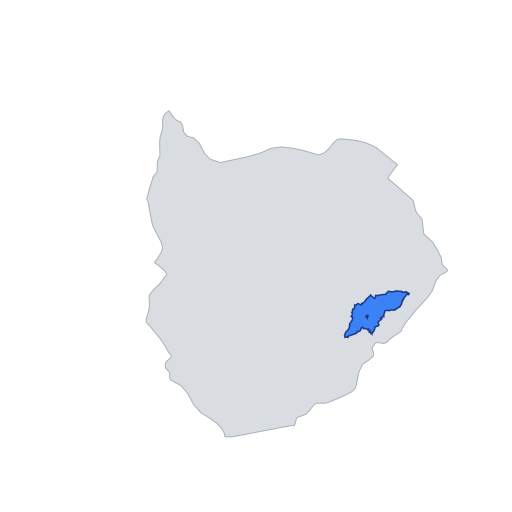 Makoni, Manicaland, Zimbabwe (highlighted), rotated 39°
{"feature_id": "62879985B27116987268551", "entity_name": "Makoni", "entity_type": "district", "adm_level": 2, "iso_a3": "ZWE", "parent_name": "Zimbabwe", "parent_adm1": "Manicaland", "projection": "robinson", "projection_center": [32.274, -18.385], "detail": "fine", "context": "in_parent", "style": "filled", "palette": "blue", "viewbox_px": 512, "rotation_deg": 39, "n_neighbors": 0, "source": "geoboundaries", "source_scale": "gbopen_adm2", "svg_char_len": 7783}
<svg xmlns="http://www.w3.org/2000/svg" viewBox="0 0 512 512"><g transform="rotate(39 256 256)"><path d="M345.9,416.0L342.2,413.3L337.1,411.5L330.7,410.7L322.3,411.1L312.0,412.5L301.0,410.7L289.2,405.7L279.4,403.9L267.7,406.1L267.2,406.1L265.2,404.4L262.0,400.7L256.6,400.1L255.2,399.2L254.0,397.8L253.2,396.1L252.9,394.1L253.7,388.0L253.2,387.3L251.8,386.6L248.9,385.9L241.8,383.1L233.0,380.4L218.6,377.5L213.0,376.7L211.7,375.9L210.1,373.6L207.3,366.6L204.7,362.0L198.5,354.9L197.5,352.7L197.7,347.0L198.1,342.4L198.8,338.6L198.5,334.9L198.3,330.4L198.5,327.4L197.7,326.1L195.4,325.2L189.0,324.8L181.3,324.9L181.0,320.4L180.2,313.3L178.7,309.2L176.9,307.1L173.4,304.8L166.2,301.8L156.3,297.2L147.9,290.4L138.2,281.9L135.2,280.4L131.6,272.4L126.1,258.8L126.4,254.3L125.6,252.0L120.3,245.3L119.1,241.8L118.1,238.3L109.7,228.5L106.8,224.2L104.6,218.7L102.4,214.3L100.6,212.5L98.1,209.5L96.5,206.1L95.7,203.6L96.3,200.2L97.1,197.8L105.0,200.3L109.4,200.5L112.8,199.3L117.0,200.9L122.0,205.3L127.5,206.2L133.4,203.4L141.4,204.2L151.5,208.7L159.8,209.6L169.7,205.6L178.5,194.7L186.8,184.5L194.9,172.7L199.8,163.1L207.0,155.3L216.5,149.3L226.2,144.3L241.1,138.1L244.1,133.0L245.0,127.4L245.0,119.6L245.7,114.6L247.3,112.3L249.8,110.5L253.0,108.2L262.7,102.3L271.0,98.6L281.0,96.1L292.0,96.1L302.5,96.0L308.5,96.0L308.7,103.5L309.1,111.9L310.3,112.7L318.3,112.9L331.0,113.5L343.3,114.0L351.2,120.1L353.8,121.4L362.0,123.0L372.4,133.2L384.9,134.1L393.6,137.3L401.2,140.8L405.5,145.0L408.4,145.9L412.2,146.2L414.1,146.6L413.6,149.6L411.1,154.7L411.4,162.0L414.9,172.2L415.4,181.0L414.3,196.5L414.3,211.5L414.7,216.9L415.2,220.4L416.0,222.4L415.8,224.6L413.7,230.9L412.1,237.6L412.0,240.2L411.3,242.1L410.1,243.7L404.7,246.8L403.7,248.7L403.7,252.1L404.4,255.0L406.5,256.1L408.9,257.7L409.9,259.9L409.9,262.1L409.1,266.4L406.9,273.3L409.1,281.4L411.6,286.6L414.9,292.6L416.3,296.3L416.2,299.0L415.7,301.6L410.7,312.6L407.0,319.4L402.6,326.7L396.7,331.3L395.2,333.5L394.6,336.0L394.8,341.5L394.5,347.3L389.5,356.1L392.6,363.7L391.9,364.4L390.2,365.5L383.0,374.0L375.7,382.7L370.3,389.0L364.3,396.2L357.5,404.2L351.7,411.1L345.9,416.0Z" fill="#d9dde1" stroke="#a8b0b8" stroke-width="1"/><path d="M376.3,263.1L376.4,262.9L376.4,262.6L376.5,262.5L376.6,262.2L377.1,262.4L377.7,261.7L378.0,261.7L378.3,261.5L378.5,261.5L378.7,261.3L378.7,261.0L378.5,260.8L378.5,260.4L378.3,260.2L378.4,259.7L378.6,259.2L379.4,258.4L379.5,258.3L379.7,257.9L379.6,257.4L379.7,257.2L379.8,257.1L380.0,257.0L380.4,256.7L380.7,256.3L380.8,255.9L381.0,255.1L381.1,254.8L381.7,254.6L381.9,254.2L382.2,254.0L382.3,253.5L382.3,253.4L382.2,253.4L382.1,253.2L382.2,252.9L382.4,252.5L382.6,252.4L382.5,252.2L382.5,251.7L382.5,251.3L382.4,251.1L382.5,251.0L382.3,251.0L382.0,250.5L381.9,250.4L381.7,250.4L383.3,250.3L383.5,250.0L383.5,249.5L384.0,248.6L384.0,248.4L384.0,248.2L383.9,247.9L383.8,247.7L383.7,247.6L383.7,247.4L383.6,247.2L383.7,246.8L383.0,245.6L383.5,244.2L385.2,244.9L386.1,243.8L386.5,243.6L388.3,243.1L389.1,242.0L389.6,242.0L389.8,242.9L390.2,242.6L390.8,242.6L391.2,242.3L391.2,242.5L391.4,242.6L391.6,242.9L391.7,243.4L391.9,243.4L391.8,243.6L392.0,243.6L392.1,243.9L393.4,242.7L394.0,243.8L394.1,243.6L395.0,243.7L394.8,243.5L394.7,243.4L394.9,243.2L394.9,242.9L394.9,242.6L394.9,242.3L394.7,242.1L394.8,242.0L394.7,241.2L394.9,240.9L394.9,240.6L394.9,240.4L394.8,240.2L394.6,240.0L394.7,239.9L394.6,239.6L394.5,239.4L394.2,238.4L394.3,238.2L394.2,238.0L393.9,237.5L393.8,237.4L393.7,237.2L393.4,236.8L393.4,236.6L393.0,236.0L393.5,235.6L393.8,235.3L393.8,235.2L393.7,235.0L394.1,234.5L394.3,234.4L394.3,234.2L394.5,234.2L394.5,233.9L394.7,233.2L395.0,233.0L394.9,232.6L395.0,232.3L392.3,230.4L393.3,226.5L393.1,225.2L391.8,225.8L392.4,223.5L393.6,222.7L392.3,221.5L392.2,220.7L391.9,220.5L391.8,220.3L391.7,219.6L391.5,219.1L391.5,218.9L390.9,218.1L390.7,217.8L390.6,217.7L390.7,217.3L390.8,217.0L391.0,216.8L391.2,216.7L391.4,216.5L391.6,216.3L391.8,216.2L392.0,216.0L392.2,215.9L392.8,215.3L392.9,215.0L393.0,215.0L393.4,214.8L393.9,214.8L394.2,214.1L394.5,213.7L394.6,213.4L394.8,213.3L394.8,213.2L395.0,212.7L395.4,212.4L395.9,212.2L396.0,212.1L396.4,211.9L396.6,211.7L396.8,211.6L397.0,211.4L397.0,211.2L397.5,211.0L397.6,210.8L397.7,210.7L397.8,210.5L397.7,210.3L397.9,210.3L397.9,209.9L398.1,209.8L398.2,209.7L398.2,209.0L398.6,208.5L398.4,208.2L398.6,208.0L398.6,207.4L398.8,206.8L399.0,206.8L399.1,206.6L399.0,206.4L399.1,206.0L399.2,205.8L399.5,205.8L399.9,205.3L399.7,204.5L399.6,204.1L399.4,203.8L399.6,203.3L399.5,203.2L399.5,202.5L399.4,202.2L399.4,201.9L399.2,201.6L399.2,201.2L398.8,200.9L398.2,199.4L398.4,199.1L398.2,199.0L398.2,198.7L397.9,198.6L397.9,198.3L398.0,198.2L397.9,198.0L397.7,197.9L397.5,197.5L397.6,197.3L397.5,197.1L397.8,196.6L397.6,196.3L397.8,196.0L397.7,195.8L397.3,195.6L397.1,195.3L397.2,194.7L397.2,194.3L397.5,193.6L397.6,193.3L397.4,192.9L397.2,191.9L397.2,190.9L398.7,190.3L398.7,190.0L398.8,189.9L398.9,189.3L398.8,188.9L398.6,188.8L398.4,188.7L398.2,188.7L397.9,188.9L397.6,189.0L397.7,189.4L397.5,189.6L397.4,189.6L397.3,189.4L397.0,189.3L396.9,189.5L396.5,189.3L396.3,189.4L396.0,189.1L395.6,189.1L395.3,189.6L395.2,189.8L394.8,189.9L394.7,189.8L394.4,189.9L394.3,190.3L394.3,190.5L394.2,190.8L393.9,190.9L393.6,191.2L393.4,191.3L393.2,191.5L393.3,191.7L393.3,191.8L393.0,192.0L392.8,192.1L392.5,191.7L392.3,191.6L391.9,192.0L391.7,192.0L391.1,192.0L390.7,192.2L390.4,192.5L390.0,192.9L389.4,193.2L388.9,193.7L388.6,193.8L388.3,194.3L388.1,194.5L387.7,194.4L387.3,194.6L386.9,195.0L387.0,195.2L386.9,195.4L386.5,195.4L386.3,195.6L386.0,196.2L386.0,196.4L385.9,196.7L385.7,196.8L385.1,197.5L384.8,197.6L384.5,197.9L384.3,198.0L383.8,198.7L383.4,198.9L383.3,199.1L382.8,199.1L382.5,199.4L382.1,199.5L381.7,199.7L381.3,200.0L381.1,200.1L381.0,200.3L381.2,200.9L381.1,201.0L380.8,201.6L381.0,202.6L380.8,203.0L380.7,203.1L380.8,203.3L381.0,203.5L380.9,203.7L381.0,204.2L380.6,204.4L380.2,204.9L379.1,205.9L378.2,206.9L377.1,208.0L377.0,208.3L376.9,208.6L376.7,208.7L376.4,209.1L375.9,209.6L375.6,209.7L375.5,210.1L375.2,210.2L374.6,210.8L374.3,210.9L374.1,211.3L373.8,211.4L374.7,212.6L375.0,214.4L369.5,214.3L369.5,214.6L369.7,214.8L369.8,215.8L369.4,216.4L369.5,216.7L369.4,217.1L369.4,217.3L369.3,218.0L369.2,218.6L369.2,218.8L369.0,219.0L368.9,219.3L369.1,219.7L369.0,219.9L369.0,220.0L369.0,220.5L368.9,220.7L369.2,221.1L369.0,221.3L369.1,221.6L369.1,222.6L369.3,223.2L369.0,224.0L368.9,224.8L368.8,225.0L368.5,225.5L368.4,225.6L368.6,225.9L368.4,226.0L368.0,226.2L368.0,226.4L368.0,226.5L368.6,227.2L368.5,227.8L367.3,228.2L365.1,228.8L364.6,231.2L363.5,231.9L364.7,233.0L364.5,233.5L365.5,234.6L365.5,235.0L364.9,235.6L364.9,235.9L364.7,236.1L365.0,236.5L365.0,236.8L364.9,237.1L365.2,237.7L365.6,237.9L365.6,238.2L365.6,238.3L365.9,238.6L366.0,238.7L366.1,239.0L366.1,239.3L366.3,239.2L366.5,239.6L367.3,240.5L368.0,241.8L368.1,242.4L367.9,242.8L367.9,243.0L368.4,242.9L368.7,243.2L368.9,243.2L369.1,243.0L369.6,242.9L370.1,243.0L370.3,243.5L370.5,243.7L370.9,244.9L371.2,245.2L371.2,245.4L371.1,246.1L371.2,246.4L371.1,246.5L371.1,247.1L371.2,247.5L371.4,247.8L371.3,248.5L371.4,248.8L371.5,249.0L371.5,249.8L371.7,250.4L371.8,250.5L372.0,250.6L372.1,250.4L372.7,250.8L373.0,251.2L372.8,252.0L373.0,252.1L373.2,252.5L373.6,253.0L373.7,253.3L374.0,253.5L373.9,254.7L374.1,255.2L373.9,255.4L373.9,256.0L373.9,256.6L374.0,256.9L374.0,257.1L373.7,257.4L373.8,258.2L373.7,258.8L373.8,259.3L374.2,260.2L374.2,260.5L374.5,261.1L374.8,261.6L375.0,262.3L375.3,262.3L375.8,262.7L376.1,262.8L376.3,263.1ZM380.1,232.1L380.1,231.8L380.4,231.7L380.5,231.7L381.6,234.2L380.3,233.6L380.3,233.8L380.0,233.9L379.4,233.9L379.4,233.6L379.3,233.4L379.5,233.3L379.6,233.1L379.6,232.5L379.8,232.3L380.1,232.1Z" fill="#3b82f6" stroke="#1e3a8a" stroke-width="1.5"/></g></svg>